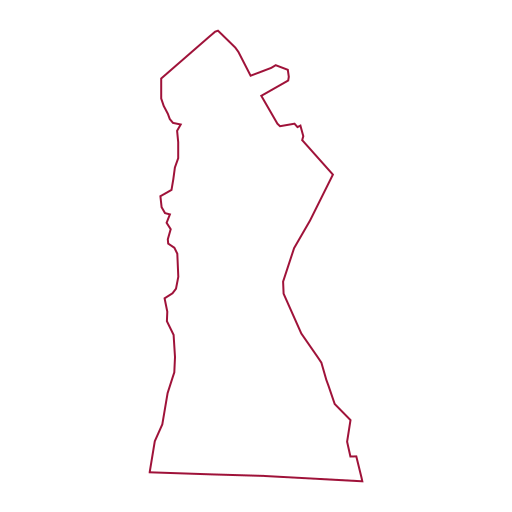 Aj Jabalain, White Nile, Sudan
{"feature_id": "16777658B9479825368273", "entity_name": "Aj Jabalain", "entity_type": "district", "adm_level": 2, "iso_a3": "SDN", "parent_name": "Sudan", "parent_adm1": "White Nile", "projection": "albers", "projection_center": [32.952, 12.739], "detail": "fine", "context": "isolated", "style": "outline", "palette": "rose", "viewbox_px": 512, "rotation_deg": 0, "n_neighbors": 0, "source": "geoboundaries", "source_scale": "gbopen_adm2", "svg_char_len": 1166}
<svg xmlns="http://www.w3.org/2000/svg" viewBox="0 0 512 512"><path d="M300.4,125.6L297.5,127.1L294.5,123.7L280.0,126.2L277.4,123.7L261.3,95.8L288.2,80.5L288.8,76.8L287.8,69.8L275.7,65.2L271.2,67.9L250.6,75.7L238.4,51.9L235.3,47.6L229.8,42.2L218.0,30.7L215.1,31.7L208.9,37.0L161.2,78.5L161.2,93.0L161.2,95.2L161.2,98.5L163.7,105.9L167.9,113.9L169.8,119.1L173.0,122.9L180.7,124.5L177.1,130.8L178.2,142.2L178.2,158.2L174.9,167.5L173.3,179.3L171.5,189.9L160.4,196.2L161.6,207.2L165.0,213.1L169.9,214.4L166.6,222.8L170.7,229.2L167.8,239.3L168.2,243.6L174.4,247.8L177.3,253.7L178.3,276.8L176.0,288.7L172.5,293.3L164.6,298.3L164.9,299.9L167.3,311.7L166.9,321.2L173.6,334.9L175.0,357.1L174.3,372.4L172.9,376.6L167.6,393.1L162.3,424.4L154.8,441.2L149.7,472.1L149.7,472.3L212.1,474.4L260.0,475.8L263.9,475.9L264.8,476.0L362.3,481.3L361.5,477.6L356.3,456.4L350.4,456.5L347.1,441.7L350.5,420.1L334.7,404.0L328.5,385.8L326.3,379.8L321.4,362.7L317.8,357.3L301.3,333.5L283.6,293.7L283.1,281.6L294.1,248.1L310.0,220.6L332.9,174.6L305.2,143.5L303.7,141.8L302.6,140.6L302.4,140.4L302.2,140.2L302.6,138.6L303.3,136.2L300.4,125.6Z" fill="none" stroke="#9f1239" stroke-width="2"/></svg>